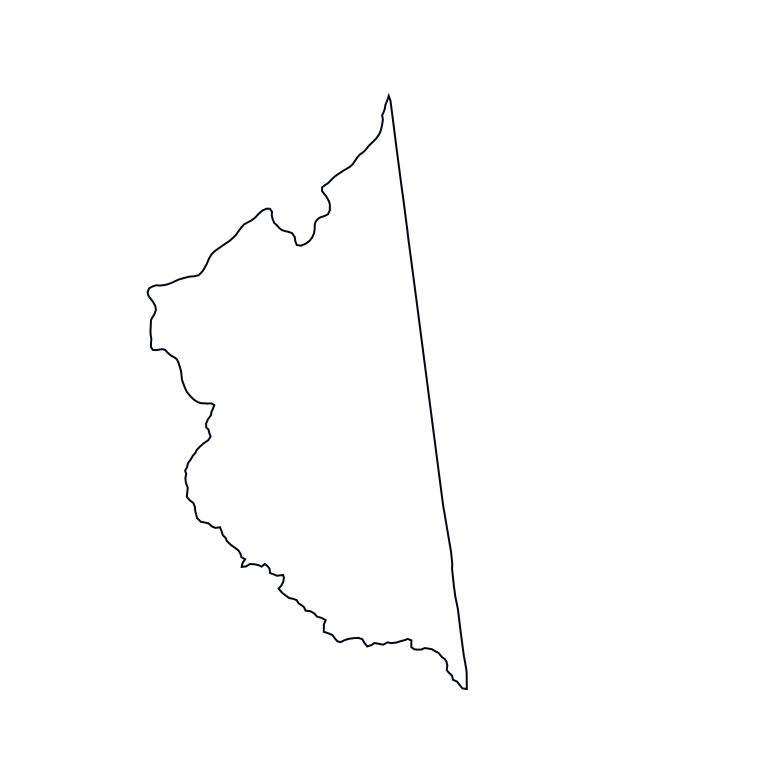 outline of Ninheira, Minas Gerais, Brazil, rotated 36°
{"feature_id": "56859067B21814552382034", "entity_name": "Ninheira", "entity_type": "district", "adm_level": 2, "iso_a3": "BRA", "parent_name": "Brazil", "parent_adm1": "Minas Gerais", "projection": "natural_earth1", "projection_center": [-41.689, -15.315], "detail": "fine", "context": "isolated", "style": "outline", "palette": "ink", "viewbox_px": 768, "rotation_deg": 36, "n_neighbors": 0, "source": "geoboundaries", "source_scale": "gbopen_adm2", "svg_char_len": 3669}
<svg xmlns="http://www.w3.org/2000/svg" viewBox="0 0 768 768"><g transform="rotate(36 384 384)"><path d="M545.0,489.5L537.1,480.6L508.7,452.8L503.6,447.9L478.6,421.5L359.2,295.2L317.1,250.9L311.6,244.9L302.0,234.8L295.0,227.3L282.6,214.4L256.4,186.8L231.6,160.4L222.8,151.1L218.5,148.1L220.0,152.9L221.1,157.4L222.8,160.6L223.8,164.0L224.6,167.8L227.7,170.7L230.5,176.2L232.5,181.1L233.3,184.7L233.4,189.8L232.5,195.5L231.7,200.4L231.5,205.6L230.8,209.1L229.5,212.8L229.2,217.0L229.4,220.8L229.5,224.8L228.6,228.7L227.3,231.8L225.6,235.5L224.5,238.7L223.1,242.3L222.1,245.5L221.4,249.8L220.7,254.4L219.4,257.7L218.3,261.3L220.5,264.3L223.8,265.3L226.5,266.0L229.3,267.2L232.0,268.5L234.8,270.7L238.1,275.3L238.9,279.6L237.2,283.0L234.8,286.2L233.5,289.3L233.2,292.6L234.4,295.9L236.6,299.0L238.7,302.9L239.8,307.8L239.6,312.3L238.0,317.0L235.4,321.0L231.7,322.8L228.5,320.7L225.4,317.6L221.0,316.0L217.2,317.0L214.3,318.4L211.2,319.4L207.9,319.4L204.3,318.6L200.5,318.2L197.3,316.3L194.2,313.7L192.2,310.5L188.7,309.3L185.8,311.3L183.6,315.4L182.6,319.6L182.0,325.0L180.6,329.6L178.8,333.2L177.0,337.1L176.5,341.6L176.5,346.0L176.6,350.2L176.0,354.2L175.0,358.9L173.0,364.2L171.6,368.3L170.0,372.8L168.9,376.4L168.2,380.4L168.8,386.0L170.0,390.7L170.6,395.3L170.9,399.8L170.1,405.0L167.0,408.5L163.7,411.3L161.3,414.1L158.9,417.1L156.5,420.2L154.7,423.4L152.6,427.2L150.4,430.5L147.7,433.5L144.8,436.1L141.8,437.9L139.5,441.0L137.7,444.7L138.6,448.5L141.7,451.1L145.4,452.3L148.7,453.3L152.8,455.1L155.9,458.1L157.2,462.4L157.5,466.0L157.9,469.2L160.6,473.3L163.8,478.2L166.4,481.5L169.3,484.3L171.5,487.9L173.7,491.1L176.9,492.3L179.8,490.5L181.9,488.4L184.0,486.2L187.1,485.0L190.0,485.8L194.7,486.2L198.7,485.7L201.7,485.7L204.9,487.3L208.4,489.9L212.0,492.7L214.5,495.3L218.0,499.3L222.4,502.3L225.5,504.3L229.2,506.3L234.6,507.7L239.0,508.4L243.7,508.2L247.4,507.0L250.2,505.1L252.8,503.5L255.6,501.2L259.0,500.7L260.1,504.3L260.9,508.1L262.4,511.2L262.3,516.0L263.3,520.6L265.7,523.6L269.0,524.1L271.2,526.2L274.6,528.4L274.9,532.6L273.0,537.9L271.8,543.3L271.3,547.5L271.9,550.7L271.5,554.7L272.0,558.6L272.0,563.2L273.6,567.2L274.1,571.1L277.0,573.2L278.5,576.7L281.5,580.1L286.2,583.3L288.6,587.4L290.8,591.2L294.9,592.2L299.8,592.4L303.3,594.6L305.3,597.1L308.4,599.7L311.5,602.3L316.9,603.2L320.3,601.4L324.0,599.9L328.3,600.4L332.2,599.5L335.5,596.3L339.2,598.6L342.5,601.1L346.2,601.6L349.1,603.4L352.6,603.9L355.4,604.2L359.4,604.1L364.0,604.2L367.6,605.7L370.5,607.9L374.6,607.4L374.9,612.3L376.4,615.6L379.6,612.7L381.5,608.3L385.3,605.9L389.0,604.3L392.3,603.7L393.3,599.7L396.3,599.7L399.9,600.6L402.9,603.9L407.1,602.7L410.2,602.0L412.4,599.9L414.7,597.8L417.0,599.7L418.8,603.4L419.4,607.4L419.1,611.6L424.6,612.8L428.9,612.9L433.1,612.9L437.0,611.1L440.4,610.2L443.6,611.6L447.5,611.4L450.5,611.6L453.8,613.5L458.0,611.1L462.4,610.6L466.5,611.6L470.7,610.0L475.6,609.3L476.7,613.9L478.8,616.8L480.9,619.9L485.6,618.4L489.8,617.4L493.5,618.6L497.5,619.6L500.6,618.4L502.5,614.7L505.0,611.2L507.2,609.0L509.7,606.7L512.6,604.4L516.4,603.2L520.3,604.9L524.7,606.2L527.3,602.7L528.5,599.2L532.1,597.4L536.6,595.4L538.6,591.0L542.3,589.3L546.0,585.9L548.9,581.9L551.4,578.9L553.0,576.3L556.8,575.3L559.0,578.4L560.8,580.8L564.3,580.9L567.4,579.1L570.1,577.1L572.2,573.7L575.2,572.1L578.6,570.4L582.7,570.1L586.2,569.5L591.1,570.8L594.7,570.8L597.5,571.8L600.6,574.4L603.0,578.6L606.4,579.5L610.4,579.9L613.7,582.8L617.9,581.8L621.7,582.9L626.3,584.2L630.3,582.1L620.6,569.0L618.2,566.4L611.7,560.1L608.0,556.6L600.3,548.5L589.6,537.2L576.3,522.9L566.4,513.8L559.6,506.7L547.7,493.5L545.0,489.5Z" fill="none" stroke="#020617" stroke-width="2"/></g></svg>